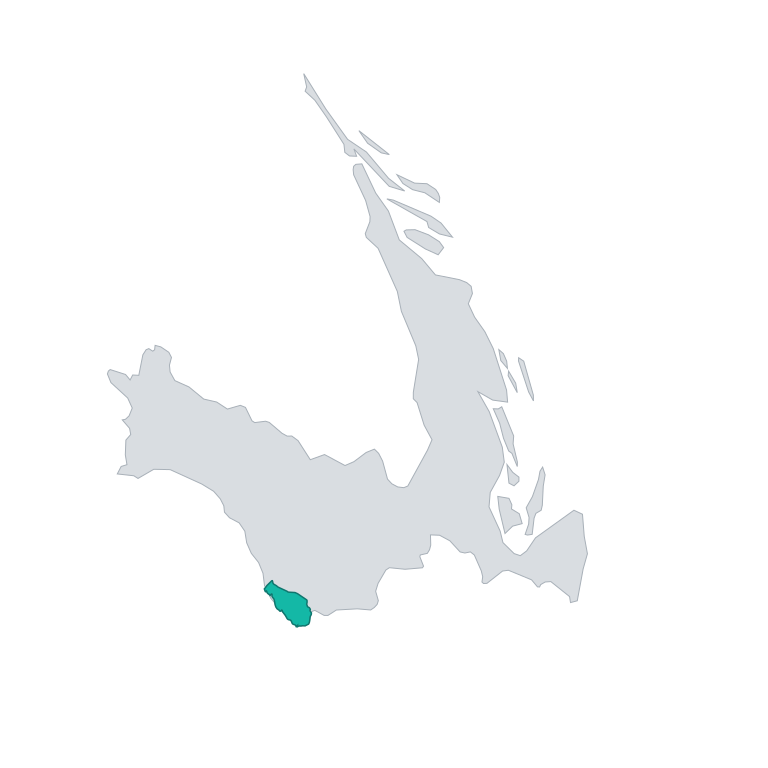 location of Medimurska within Croatia, rotated 202°
{"feature_id": "HRV-1609", "entity_name": "Medimurska", "entity_type": "County", "adm_level": 1, "iso_a3": "HRV", "parent_name": "Croatia", "parent_adm1": "", "projection": "albers", "projection_center": [16.526, 46.414], "detail": "fine", "context": "in_parent", "style": "filled", "palette": "teal", "viewbox_px": 768, "rotation_deg": 202, "n_neighbors": 0, "source": "natural_earth", "source_scale": "10m", "svg_char_len": 5009}
<svg xmlns="http://www.w3.org/2000/svg" viewBox="0 0 768 768"><g transform="rotate(202 384 384)"><path d="M129.2,251.2L132.3,256.4L155.3,263.3L160.4,260.8L163.6,256.7L163.7,254.1L165.7,253.4L173.8,257.7L198.9,257.9L204.0,255.0L213.9,237.7L217.0,236.3L219.0,237.1L220.3,242.3L223.8,247.2L236.2,259.3L241.0,260.7L245.7,257.6L250.5,256.8L264.2,263.3L275.8,264.6L284.4,261.5L280.3,252.1L279.7,247.3L280.4,243.2L286.3,239.1L286.1,237.3L279.1,229.9L279.5,228.0L295.1,220.1L310.2,215.7L312.6,212.2L314.8,196.9L314.1,188.7L308.1,181.0L307.8,177.1L309.3,173.1L311.7,169.5L324.6,165.5L343.5,156.6L349.3,148.4L352.8,147.0L363.3,148.2L365.6,146.2L364.2,134.3L366.0,131.2L371.5,127.9L380.7,129.2L388.4,132.3L408.5,142.8L419.3,152.4L425.3,163.2L433.4,171.5L443.6,177.3L451.8,185.3L457.9,195.4L466.3,201.0L477.1,202.1L483.9,205.4L486.9,211.1L492.8,216.2L501.7,220.7L515.5,223.0L550.2,224.5L565.5,218.7L576.7,204.3L581.6,205.2L597.6,200.7L596.8,209.1L592.1,212.9L597.3,221.4L602.3,235.3L599.9,242.3L603.3,247.6L613.2,252.7L610.5,254.4L608.4,259.0L608.4,267.4L616.4,275.0L637.7,283.0L644.2,289.7L644.4,292.7L643.3,294.8L627.2,296.0L620.9,292.6L620.4,298.2L614.6,300.2L618.5,320.7L617.4,326.7L615.3,328.7L610.7,327.8L609.5,329.8L610.7,334.1L604.8,334.8L595.4,332.8L591.0,329.0L590.0,321.1L586.8,315.0L579.2,308.8L563.7,308.2L545.5,302.5L532.4,304.6L519.8,302.1L509.2,310.4L503.7,310.4L492.6,300.4L489.4,299.8L479.9,305.1L476.0,305.4L460.1,300.1L454.3,299.4L450.0,301.2L442.5,299.3L424.0,286.2L412.7,296.3L389.6,293.8L382.8,300.7L374.9,313.8L368.5,320.0L363.0,317.7L356.4,312.0L345.1,297.1L339.3,294.4L332.7,293.7L326.8,295.3L323.7,298.3L318.9,338.9L318.6,350.3L331.4,360.9L346.4,379.2L351.3,381.3L353.7,387.3L361.1,419.8L368.8,431.3L395.1,457.9L406.3,474.8L440.3,507.6L455.3,513.3L457.7,516.4L457.9,529.2L459.6,534.0L469.8,547.3L490.5,566.6L492.9,571.2L493.7,574.5L492.4,577.1L487.0,579.8L463.2,557.9L444.7,546.0L423.8,523.3L396.0,514.4L377.2,504.4L353.1,509.0L345.3,509.0L339.8,507.2L335.9,501.0L335.9,490.0L325.0,479.9L310.1,470.3L296.0,457.8L268.1,424.3L262.6,413.5L277.2,409.8L294.1,412.1L276.1,397.8L250.7,369.8L243.2,356.6L242.6,342.5L244.9,323.3L240.6,309.4L221.2,291.1L214.3,281.5L199.8,275.5L193.3,275.9L189.2,282.7L185.9,298.1L160.6,338.1L151.2,337.6L141.3,317.8L131.8,302.8L130.1,287.2L123.6,255.4L129.2,251.2ZM566.8,625.9L567.0,630.5L574.7,641.7L541.0,617.2L509.4,597.2L487.2,592.5L456.8,576.4L437.1,570.7L453.2,569.2L500.0,590.7L494.7,584.9L501.4,582.5L507.1,584.1L510.9,591.2L537.4,610.1L554.4,621.2L566.8,625.9ZM206.7,361.6L205.8,366.4L200.6,360.1L198.1,349.0L191.8,330.9L191.0,325.8L194.7,321.0L194.6,315.9L190.3,300.1L194.4,297.7L196.8,297.4L197.4,308.3L199.5,314.6L205.8,322.5L204.2,335.2L205.0,353.3L206.7,361.6ZM236.4,322.4L225.3,324.8L220.2,319.9L219.0,315.9L210.0,314.4L203.6,306.3L211.5,300.4L215.8,290.7L230.3,311.1L236.4,322.4ZM413.0,538.7L398.5,539.0L386.0,536.7L379.8,532.8L382.2,524.1L396.2,524.7L417.5,528.6L422.7,533.1L421.1,535.2L413.0,538.7ZM450.7,556.7L444.3,558.0L403.3,557.2L391.4,554.6L375.5,545.8L388.8,543.9L401.2,545.8L405.0,550.7L450.7,556.7ZM268.7,403.7L266.3,407.0L244.3,384.4L241.9,376.9L231.1,361.6L229.5,357.4L239.4,367.6L243.3,368.6L252.8,378.4L262.1,391.0L273.4,402.0L268.7,403.7ZM400.7,573.1L417.8,576.6L430.3,574.9L441.6,577.0L450.4,582.9L430.9,581.7L419.2,585.8L408.9,583.7L405.0,581.0L402.2,577.8L400.7,573.1ZM267.9,455.7L269.0,458.8L263.0,457.5L241.4,429.7L239.1,424.3L246.9,430.8L267.9,455.7ZM231.0,338.9L239.8,355.4L231.5,350.3L224.0,348.2L222.5,344.4L225.3,338.3L231.0,338.9ZM489.4,601.1L502.2,609.5L465.0,598.7L473.1,597.3L489.4,601.1ZM284.5,449.5L290.4,458.9L284.7,456.9L278.8,451.1L275.4,444.7L284.5,449.5ZM272.0,438.2L273.3,442.6L262.2,434.1L257.2,425.9L272.0,438.2Z" fill="#d9dde1" stroke="#a8b0b8" stroke-width="1"/><path d="M388.3,132.1L388.8,132.5L392.6,134.8L393.7,136.0L394.2,136.0L394.6,134.8L395.2,134.4L395.8,134.5L396.6,135.0L398.9,135.5L400.8,136.8L402.4,138.7L403.8,141.1L405.4,143.3L408.1,144.9L409.1,147.1L409.7,147.1L410.4,145.3L411.0,145.7L413.3,146.2L413.7,146.4L414.1,146.7L414.5,147.1L414.9,147.6L415.4,148.1L415.7,147.7L415.8,147.1L416.3,147.1L417.4,148.2L418.2,149.2L417.9,150.1L417.2,152.5L417.1,153.1L417.0,153.4L414.4,159.4L414.1,159.7L413.8,159.8L413.1,158.9L412.6,158.1L412.3,157.7L411.2,157.1L408.3,156.7L406.1,156.0L396.2,155.5L395.2,155.2L394.4,155.3L388.4,157.3L385.6,157.2L374.9,154.9L374.7,154.8L374.4,154.6L374.1,154.1L373.7,153.1L373.5,152.5L373.4,152.0L373.3,151.5L373.3,151.3L373.2,150.9L372.2,149.7L371.8,149.2L371.2,148.8L369.4,148.6L368.0,147.6L367.9,147.5L367.8,146.4L367.4,145.8L365.9,144.8L365.4,144.2L365.1,143.1L365.3,141.1L365.2,140.1L364.2,136.6L363.9,134.9L363.9,134.1L364.0,133.1L366.3,130.5L366.5,130.2L369.3,129.2L369.8,128.8L370.6,128.4L372.3,127.8L373.1,126.7L373.5,126.3L374.1,127.2L374.1,127.3L374.7,126.3L375.7,127.2L376.8,127.3L377.9,127.2L378.9,127.3L379.6,127.8L381.1,129.4L381.8,129.9L382.6,130.0L384.4,129.7L385.4,129.9L386.2,130.4L388.3,132.1Z" fill="#14b8a6" stroke="#0f766e" stroke-width="1.5"/></g></svg>